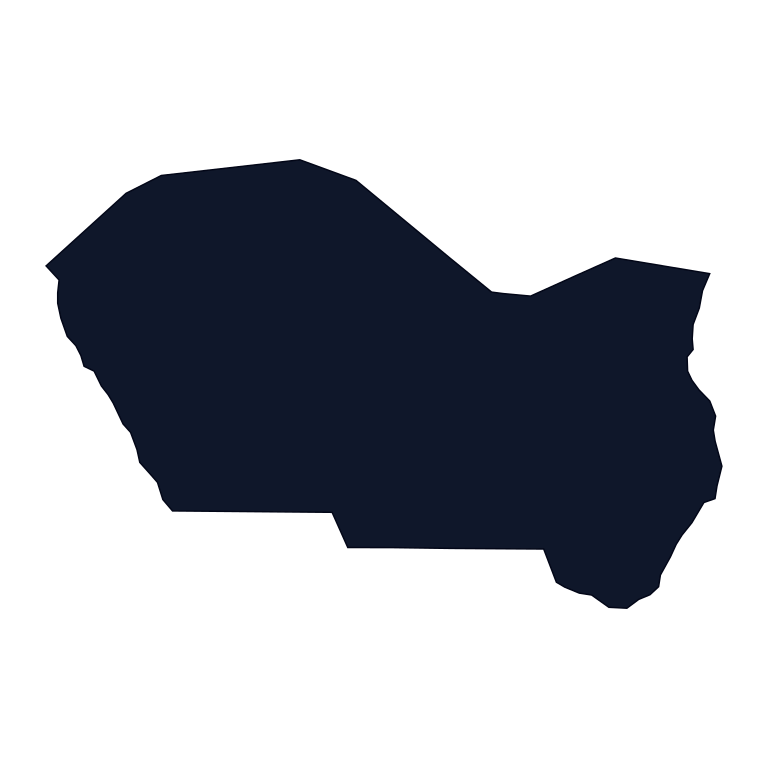 outline of Diamante do Norte, Paraná, Brazil
{"feature_id": "56859067B42644323100321", "entity_name": "Diamante do Norte", "entity_type": "district", "adm_level": 2, "iso_a3": "BRA", "parent_name": "Brazil", "parent_adm1": "Paraná", "projection": "orthographic", "projection_center": [-52.879, -22.637], "detail": "fine", "context": "isolated", "style": "filled", "palette": "ink", "viewbox_px": 768, "rotation_deg": 0, "n_neighbors": 0, "source": "geoboundaries", "source_scale": "gbopen_adm2", "svg_char_len": 961}
<svg xmlns="http://www.w3.org/2000/svg" viewBox="0 0 768 768"><path d="M46.1,265.9L59.1,280.0L57.7,292.8L57.7,303.2L60.9,318.2L67.3,336.4L75.9,345.7L80.9,355.5L84.1,366.3L94.1,371.1L101.4,386.0L108.1,394.6L113.2,403.0L123.1,424.0L130.6,432.4L137.0,449.6L139.8,462.4L150.2,474.0L157.5,482.4L162.9,499.6L172.5,510.9L332.1,512.3L347.8,547.5L393.1,547.6L451.9,548.4L543.7,549.0L556.4,582.2L564.9,587.2L579.3,593.1L591.6,595.0L608.9,607.3L626.9,608.2L638.7,599.4L650.0,594.7L658.6,586.7L660.4,575.0L670.4,556.9L676.2,544.3L682.1,534.9L691.9,522.7L703.9,502.5L715.0,498.6L717.0,485.9L721.9,466.2L715.1,441.2L713.3,430.1L715.6,416.1L709.8,401.1L698.9,389.8L692.0,380.4L687.6,371.2L687.1,356.9L693.1,349.5L692.2,338.8L693.1,324.5L699.3,308.0L702.5,290.7L709.7,273.7L615.4,258.0L576.2,275.5L530.6,296.1L503.4,293.6L491.6,292.1L449.1,257.4L356.0,180.4L299.8,159.8L290.2,160.9L161.3,175.5L126.1,193.3L46.1,265.9Z" fill="#0f172a" stroke="#020617" stroke-width="1.5"/></svg>